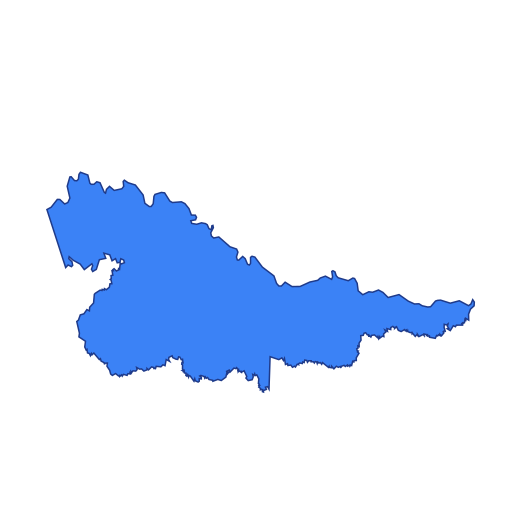 outline of Putumayo, Sucumbios, Ecuador, rotated 342°
{"feature_id": "8360857B86865530067586", "entity_name": "Putumayo", "entity_type": "district", "adm_level": 2, "iso_a3": "ECU", "parent_name": "Ecuador", "parent_adm1": "Sucumbios", "projection": "equal_earth", "projection_center": [-75.989, 0.133], "detail": "fine", "context": "isolated", "style": "filled", "palette": "blue", "viewbox_px": 512, "rotation_deg": 342, "n_neighbors": 0, "source": "geoboundaries", "source_scale": "gbopen_adm2", "svg_char_len": 6080}
<svg xmlns="http://www.w3.org/2000/svg" viewBox="0 0 512 512"><g transform="rotate(342 256 256)"><path d="M333.5,364.6L334.9,362.8L336.6,362.9L337.5,365.4L338.7,365.6L338.3,367.8L339.1,366.4L340.2,368.6L341.5,367.2L344.3,367.7L346.3,371.1L347.1,370.2L347.1,372.6L348.5,371.2L348.3,372.4L351.5,371.3L352.7,372.2L353.3,369.5L356.0,368.4L355.7,366.1L357.8,368.3L358.1,365.5L361.4,367.6L362.1,365.7L364.4,365.2L365.2,366.8L366.3,366.8L365.8,367.6L367.8,366.7L368.4,370.7L370.7,372.7L374.6,371.9L374.9,373.3L376.5,372.8L376.2,374.1L377.2,373.8L377.0,374.8L379.1,376.6L380.7,376.8L380.4,378.2L381.0,377.9L382.6,381.7L384.6,380.5L385.1,381.5L385.4,380.5L386.1,383.0L390.8,382.3L391.3,383.6L391.7,382.1L393.9,383.4L393.6,384.2L394.8,383.9L394.6,385.3L396.2,385.6L395.9,386.9L401.1,389.7L403.2,387.4L404.1,388.2L405.2,387.3L406.6,388.7L406.8,387.4L407.8,389.2L410.9,387.2L410.6,385.9L412.3,385.2L412.7,386.8L412.8,382.1L413.9,379.1L416.0,380.5L417.6,379.9L416.3,382.1L417.0,384.3L415.4,384.3L417.7,387.0L422.1,383.3L423.8,384.9L425.2,383.7L430.9,385.5L430.7,383.9L431.7,383.5L431.8,385.0L432.5,383.4L433.6,383.9L435.0,381.1L435.4,382.9L436.2,380.1L438.5,382.7L440.2,377.0L443.6,372.8L448.0,370.8L449.4,367.3L448.6,364.5L445.5,368.1L442.8,368.9L435.5,361.4L426.2,360.9L417.9,355.0L415.0,354.3L412.8,354.3L406.4,358.2L403.6,357.6L398.7,354.7L396.2,351.8L391.9,350.6L386.9,346.0L380.1,336.9L368.8,336.3L365.5,329.9L362.0,326.2L355.7,326.5L352.3,324.9L345.6,325.8L342.4,320.7L343.8,313.2L342.8,307.9L341.3,306.9L336.1,308.0L327.4,302.1L326.2,299.6L326.2,295.5L324.6,293.8L323.3,294.1L322.4,299.5L320.7,301.6L315.8,296.6L310.3,296.8L307.2,298.2L299.2,297.4L288.5,298.6L280.8,296.2L275.6,289.9L270.9,292.4L268.5,291.6L267.1,288.4L266.9,280.5L258.6,268.5L254.6,256.7L252.1,255.0L250.4,255.6L248.5,261.4L246.9,262.5L245.4,261.3L244.9,255.2L243.2,252.3L238.3,254.6L237.0,254.0L237.1,250.9L240.0,246.7L239.7,243.4L234.1,239.2L226.5,226.4L221.3,225.8L219.8,223.2L220.1,220.0L224.2,215.9L224.5,213.6L223.4,213.6L221.5,217.2L219.7,215.4L219.3,211.2L218.0,209.6L214.4,207.6L209.4,207.5L204.9,205.1L204.9,202.3L209.7,202.9L211.4,200.8L210.9,198.4L207.2,197.1L206.9,190.2L204.6,184.2L201.8,181.4L193.0,179.3L191.0,177.1L188.6,167.7L185.6,166.3L179.0,166.2L177.4,167.7L174.4,174.5L171.7,176.5L169.8,176.0L166.6,171.5L167.5,163.1L163.2,151.2L157.0,146.8L154.2,143.2L152.7,144.1L151.7,148.9L149.2,150.6L141.4,149.8L138.2,144.5L134.4,146.4L132.3,149.7L131.4,148.6L130.3,138.1L127.5,136.2L124.1,137.7L121.4,136.9L120.5,135.4L121.1,127.0L114.9,122.1L112.9,123.6L110.8,128.1L108.8,129.1L106.7,128.2L104.7,123.5L103.4,123.3L98.0,131.3L96.9,143.4L93.6,147.0L90.1,147.4L86.9,141.6L84.5,140.8L76.3,146.3L71.5,147.2L71.4,208.2L74.5,206.5L77.2,209.1L78.8,208.2L79.2,204.5L77.1,200.7L78.1,198.9L80.8,203.5L86.3,209.4L88.5,215.9L97.5,212.7L97.7,214.7L95.4,217.7L95.9,220.3L100.0,219.4L105.9,211.1L112.4,211.8L112.2,206.3L117.3,209.7L117.6,216.1L121.6,215.1L121.9,219.6L124.7,220.0L126.6,216.8L128.9,218.9L128.8,221.7L125.5,221.9L124.7,220.8L122.1,226.5L121.4,225.6L120.9,226.8L118.6,227.1L117.1,224.2L115.5,224.8L115.7,225.9L114.5,225.5L113.9,230.0L112.1,229.8L111.4,232.7L110.1,233.3L110.8,234.3L110.3,237.8L108.5,237.3L106.9,240.4L103.2,241.8L101.8,240.2L101.2,241.4L99.4,240.2L98.9,241.2L97.2,240.3L91.6,241.8L90.4,242.5L87.0,250.5L82.0,253.3L80.6,256.7L78.6,254.7L74.5,257.8L70.7,257.7L67.3,262.1L65.3,262.9L64.2,274.9L62.6,278.2L67.5,284.4L65.0,289.6L65.4,293.0L66.4,292.6L65.8,296.1L67.4,297.3L67.7,299.6L69.3,297.8L69.5,299.3L71.8,298.2L75.0,306.1L76.3,305.6L76.2,308.1L78.5,310.4L78.5,312.3L79.1,311.2L81.6,311.9L80.2,314.8L81.5,319.5L81.3,323.3L82.5,325.2L86.1,324.4L88.2,327.6L89.3,327.4L89.1,328.5L91.5,327.5L91.7,328.9L93.4,327.6L96.5,329.7L97.8,328.3L100.1,329.4L100.2,327.9L101.2,328.7L101.5,327.2L102.0,328.2L103.5,327.2L106.1,328.3L107.8,327.3L108.0,325.1L110.3,327.6L112.3,328.1L113.8,330.8L117.2,330.6L117.6,329.3L118.6,331.1L122.4,329.2L124.2,330.4L124.1,331.4L125.4,331.4L125.2,332.6L127.0,330.1L131.3,332.0L133.9,330.7L135.6,332.2L138.6,326.7L141.3,329.5L140.9,327.5L141.8,325.5L145.4,325.0L145.4,326.9L148.0,329.4L149.6,330.2L151.2,328.0L152.3,328.6L152.9,331.6L154.2,331.5L153.6,335.0L152.7,334.4L151.9,336.0L152.5,336.9L151.2,340.6L151.8,342.2L150.5,342.1L151.4,343.2L150.8,344.2L152.2,343.1L151.8,345.1L153.3,345.9L152.4,347.9L153.1,348.9L154.4,347.7L154.5,350.2L155.3,348.9L156.4,349.9L158.3,355.9L159.8,353.9L159.7,356.0L162.0,358.0L163.3,357.6L164.1,355.1L166.0,356.0L166.5,354.5L165.4,352.7L166.6,352.5L169.5,354.6L169.5,356.2L170.5,355.3L170.9,356.9L172.4,356.6L173.1,358.9L176.5,360.9L176.3,361.8L181.6,361.6L184.5,363.7L189.9,361.9L191.7,358.9L192.1,359.6L194.3,358.0L192.5,358.0L192.4,356.6L195.3,356.2L195.4,358.4L200.4,355.8L202.2,357.0L203.0,356.2L203.9,357.8L203.4,359.1L204.2,358.9L203.5,360.5L204.4,360.0L205.9,361.8L206.0,360.4L206.6,362.0L209.2,361.5L210.0,367.7L208.7,369.0L210.1,372.1L214.1,372.5L216.0,370.1L216.3,367.6L217.6,368.8L218.3,367.9L218.2,369.5L220.0,369.3L220.7,373.7L218.9,378.0L219.5,378.9L218.7,379.8L219.5,380.3L218.1,381.5L219.5,383.6L218.8,384.6L221.0,385.1L220.2,387.0L221.1,387.7L221.4,386.3L224.7,386.1L224.4,383.7L226.6,383.8L227.2,386.7L238.3,356.1L245.7,361.6L249.1,360.9L249.8,363.9L251.4,362.2L250.5,368.3L252.7,368.1L252.5,370.0L255.4,370.5L256.3,373.1L258.5,372.7L259.2,373.8L261.5,371.8L262.9,372.5L262.7,371.7L264.6,371.3L266.8,372.6L267.8,371.2L268.9,372.2L270.2,370.0L272.0,371.0L272.1,373.0L273.7,371.9L276.1,372.7L275.7,373.6L278.0,374.4L278.4,375.8L279.8,374.7L281.0,375.5L281.0,377.2L282.0,375.9L282.8,377.3L284.2,377.2L285.0,379.3L286.3,377.9L290.5,384.3L291.4,383.5L291.3,384.6L293.5,385.7L293.9,384.3L295.2,387.4L298.4,385.7L299.9,387.3L301.9,387.1L302.3,388.8L302.6,387.3L306.0,387.2L306.8,388.7L309.3,387.9L309.2,389.1L311.1,388.8L311.2,389.9L312.4,388.9L313.1,389.7L315.4,386.0L316.3,387.0L317.0,385.8L319.1,386.4L319.9,383.8L323.9,380.3L322.9,378.7L323.9,378.0L323.0,377.4L323.1,375.4L324.6,375.1L325.1,373.0L326.1,374.0L327.1,370.7L329.9,368.5L331.0,364.1L333.5,364.6Z" fill="#3b82f6" stroke="#1e3a8a" stroke-width="1.5"/></g></svg>